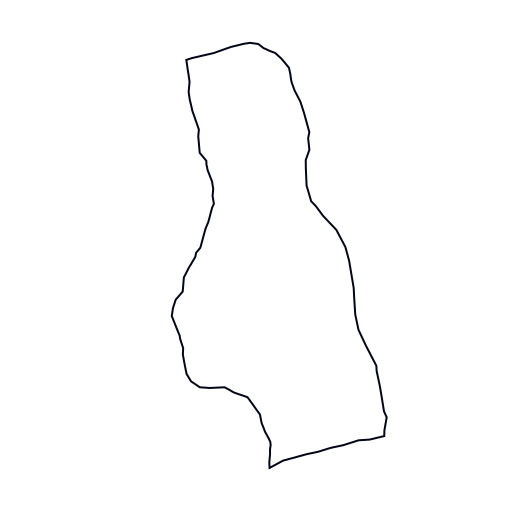 Obi, Nassarawa, Nigeria (Mercator projection), rotated 258°
{"feature_id": "59680162B90915593246984", "entity_name": "Obi", "entity_type": "district", "adm_level": 2, "iso_a3": "NGA", "parent_name": "Nigeria", "parent_adm1": "Nassarawa", "projection": "mercator", "projection_center": [8.77, 8.367], "detail": "fine", "context": "isolated", "style": "outline", "palette": "ink", "viewbox_px": 512, "rotation_deg": 258, "n_neighbors": 0, "source": "geoboundaries", "source_scale": "gbopen_adm2", "svg_char_len": 2396}
<svg xmlns="http://www.w3.org/2000/svg" viewBox="0 0 512 512"><g transform="rotate(258 256 256)"><path d="M421.8,327.0L426.4,327.4L433.2,327.4L440.2,323.8L444.2,321.6L445.7,320.5L450.6,317.0L452.9,313.4L454.1,311.6L456.1,309.0L457.7,306.7L461.5,303.5L462.9,302.3L464.4,298.2L465.7,294.6L466.1,288.5L465.9,281.9L465.7,275.1L465.0,269.5L463.6,259.1L463.3,257.3L463.2,251.3L463.2,250.3L463.0,240.0L462.9,234.5L462.6,231.6L462.3,228.6L456.0,228.2L451.3,227.9L445.5,227.6L440.1,227.2L430.4,224.2L429.9,224.2L428.7,224.1L425.6,223.9L422.4,223.7L419.0,223.8L416.1,223.9L412.3,223.9L410.4,224.0L407.6,224.4L402.9,225.0L401.1,225.2L398.2,225.6L395.8,225.9L391.5,226.4L385.1,224.4L382.7,224.1L381.0,223.9L378.3,223.6L374.5,223.1L368.6,222.4L361.4,226.2L359.4,227.2L355.5,226.5L352.8,226.6L350.1,226.5L346.1,227.2L343.3,227.6L340.5,228.1L338.1,228.5L330.5,228.1L325.3,226.5L323.7,226.0L321.5,225.9L318.6,225.8L315.7,225.6L312.5,223.2L307.1,220.4L302.8,218.3L299.0,216.3L294.5,213.2L293.0,212.2L290.5,210.9L279.6,205.3L275.7,203.3L271.7,198.2L267.7,196.4L263.7,192.7L261.8,191.0L259.4,188.7L258.1,187.5L253.2,183.6L250.1,181.0L242.0,178.6L236.4,176.9L233.2,172.6L231.8,170.9L231.6,170.5L231.2,170.0L230.0,168.4L225.5,165.8L222.4,164.0L219.0,162.7L214.7,161.1L212.2,161.6L210.3,161.9L207.5,162.4L204.5,162.9L198.1,164.0L193.9,164.8L191.8,164.6L190.5,164.6L187.6,164.9L181.0,165.6L175.0,164.0L169.6,163.8L166.8,163.7L165.0,163.7L162.1,163.6L160.2,163.6L157.6,163.6L155.0,163.6L151.5,164.8L146.9,166.4L142.6,170.6L139.3,173.7L137.2,181.0L136.5,183.4L135.4,190.3L134.4,196.2L134.2,197.4L134.1,198.0L131.1,201.6L128.9,204.0L127.3,205.7L125.6,208.4L122.1,214.3L119.7,218.3L113.0,221.3L109.1,223.0L105.6,224.5L100.4,226.8L100.2,226.9L94.2,226.8L91.1,226.8L86.7,227.6L83.6,228.1L83.2,228.1L82.2,228.3L75.3,230.4L71.5,231.3L68.3,231.1L63.9,229.5L59.5,228.6L51.3,226.1L45.9,225.2L50.2,239.8L51.6,264.2L51.6,275.9L52.8,289.2L52.8,301.9L54.4,318.1L52.8,329.0L53.2,344.0L58.6,345.3L71.1,350.3L77.5,348.9L87.4,349.4L95.9,349.8L103.6,350.1L118.4,350.1L119.8,350.3L123.6,350.9L145.8,344.8L162.5,340.9L178.0,340.9L195.1,343.4L200.0,344.2L204.3,344.9L231.9,346.1L246.2,345.3L264.9,340.0L281.4,329.9L292.2,325.0L298.2,321.3L301.9,321.1L314.3,320.1L331.5,323.0L339.5,324.6L348.8,330.3L360.4,331.5L366.0,333.9L386.1,332.7L397.7,331.5L409.8,328.2L418.2,327.0L421.8,327.0Z" fill="none" stroke="#020617" stroke-width="2"/></g></svg>